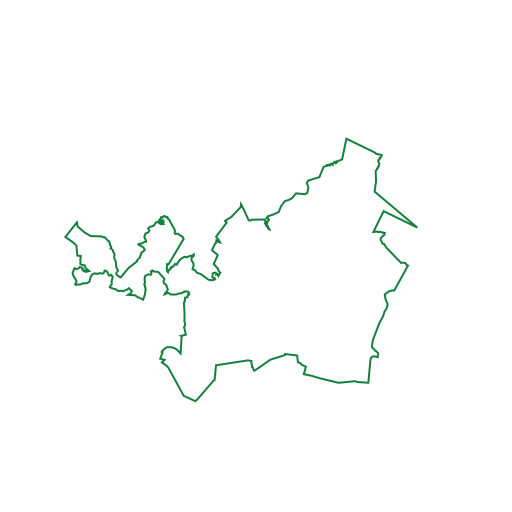 Tlapa de Comonfort, Guerrero, Mexico (orthographic projection), rotated 126°
{"feature_id": "50627088B88355080019146", "entity_name": "Tlapa de Comonfort", "entity_type": "district", "adm_level": 2, "iso_a3": "MEX", "parent_name": "Mexico", "parent_adm1": "Guerrero", "projection": "orthographic", "projection_center": [-98.572, 17.528], "detail": "fine", "context": "isolated", "style": "outline", "palette": "green", "viewbox_px": 512, "rotation_deg": 126, "n_neighbors": 0, "source": "geoboundaries", "source_scale": "gbopen_adm2", "svg_char_len": 6161}
<svg xmlns="http://www.w3.org/2000/svg" viewBox="0 0 512 512"><g transform="rotate(126 256 256)"><path d="M310.1,114.7L299.1,102.3L298.1,99.5L292.5,90.6L272.9,102.3L270.5,103.1L269.1,102.8L267.9,101.8L266.2,98.1L265.9,98.5L263.5,99.5L262.9,100.1L262.4,102.4L262.5,104.3L262.0,105.4L261.9,107.8L261.0,109.0L255.5,112.0L238.0,116.7L229.2,118.0L225.4,119.4L221.6,119.5L217.5,121.2L214.8,125.8L211.4,129.3L206.5,127.7L203.7,125.6L203.4,124.6L202.3,123.9L174.4,127.4L174.6,129.1L173.9,130.9L175.0,133.4L176.3,134.4L172.7,155.1L171.0,159.6L171.7,161.0L169.3,165.0L168.1,165.6L164.6,165.0L163.5,164.5L161.6,165.4L162.2,166.1L162.3,167.1L162.9,167.5L162.9,168.3L163.8,170.4L165.0,171.2L165.0,172.5L167.6,175.1L144.7,179.1L138.2,142.2L134.2,197.9L125.0,202.8L116.7,209.3L114.7,208.9L114.1,209.4L113.2,209.1L112.5,209.7L111.5,209.3L111.1,209.8L108.9,210.4L107.8,212.6L106.6,213.0L106.5,213.3L105.0,213.0L104.0,213.6L103.8,213.0L102.6,213.1L100.4,213.6L102.8,219.1L102.4,220.2L108.0,251.8L127.3,243.1L131.1,245.5L133.4,245.8L132.8,246.5L133.7,246.5L133.4,247.1L133.7,247.8L134.2,247.4L135.0,247.6L136.0,248.3L137.2,247.6L137.0,249.2L137.9,249.2L138.2,249.9L138.8,250.3L138.8,249.3L139.5,249.4L139.8,250.8L140.1,251.4L140.8,251.3L141.0,252.3L142.0,252.1L144.1,253.7L154.9,251.1L164.5,258.2L167.1,257.7L169.8,253.8L174.9,251.6L177.3,252.8L181.8,260.4L188.4,260.9L191.4,262.5L194.6,264.9L201.0,265.0L207.2,263.5L213.2,267.0L216.7,269.7L217.3,269.8L218.9,269.8L219.1,269.0L218.5,268.3L218.9,267.0L219.4,266.8L221.7,266.7L222.7,267.4L223.2,266.8L223.2,266.1L224.1,265.9L224.7,265.2L224.9,263.7L225.7,262.9L226.0,261.6L226.6,260.7L226.8,262.0L226.2,263.1L225.4,263.5L225.8,265.0L225.6,265.5L224.8,265.8L224.4,267.8L221.7,269.3L221.2,270.2L229.3,281.0L230.3,281.2L231.5,282.8L225.9,292.6L223.0,298.5L225.4,297.1L238.9,298.9L245.7,301.7L246.1,301.1L246.2,299.4L263.9,299.6L264.9,295.7L266.1,293.1L266.7,294.7L266.7,297.2L269.0,296.0L269.5,296.4L276.7,295.2L277.4,294.3L277.5,288.9L277.9,287.4L287.3,285.5L288.6,279.5L290.4,276.9L290.4,275.1L294.3,274.7L293.3,276.9L294.3,277.4L293.5,277.8L293.3,279.1L295.2,280.7L295.7,280.7L299.0,278.6L298.1,276.6L298.9,275.4L300.8,276.6L301.8,277.9L303.1,280.5L303.1,290.3L304.3,293.9L303.3,297.1L304.1,299.5L300.5,300.8L299.0,302.1L298.1,303.5L297.8,305.0L296.5,306.4L294.9,307.3L293.3,306.5L292.2,306.6L291.3,307.2L293.2,307.8L293.9,308.3L294.3,309.2L298.1,311.6L298.6,313.4L302.8,315.1L305.0,315.4L305.5,315.1L305.9,315.4L308.5,315.1L308.9,315.5L309.4,315.3L309.3,315.7L310.2,316.1L310.2,316.9L311.0,316.6L312.4,317.1L312.8,316.8L314.0,317.2L314.3,317.8L315.2,317.6L315.5,318.1L317.1,317.5L317.5,318.1L319.1,318.2L320.9,317.5L320.8,318.4L319.8,319.9L314.9,323.2L314.2,321.9L284.7,324.6L284.7,325.2L283.9,325.9L283.6,328.1L284.1,330.2L283.8,332.1L284.3,333.1L285.4,333.7L285.6,334.6L284.9,335.6L283.9,335.9L282.6,337.2L277.6,347.8L277.6,349.2L276.6,350.6L277.3,351.1L277.5,352.1L277.3,353.3L278.0,354.1L280.1,354.3L280.4,354.8L280.3,355.8L280.6,356.3L280.5,355.7L280.9,355.2L281.6,355.3L282.4,354.8L283.1,355.4L284.1,355.4L284.4,354.9L284.2,353.9L282.8,353.4L282.3,352.7L283.8,353.2L285.0,352.1L283.6,352.7L283.3,351.1L281.7,351.1L284.3,350.3L284.5,349.7L286.2,351.7L286.4,355.9L287.4,356.6L291.8,356.6L294.9,359.0L297.0,359.5L298.3,357.1L300.3,357.0L302.9,358.7L304.1,358.1L305.8,357.8L306.7,356.9L308.0,354.3L309.1,353.4L309.9,354.4L312.3,355.4L314.0,356.9L314.9,357.0L315.3,358.0L315.8,358.0L315.8,355.9L315.3,354.8L315.4,351.7L316.2,349.7L318.3,349.8L320.8,350.7L321.9,350.1L324.4,349.7L325.2,348.9L328.4,349.6L330.1,349.5L330.2,349.1L340.9,352.1L352.9,352.9L353.2,355.5L352.8,358.3L351.6,359.1L348.9,359.0L347.2,362.4L343.1,366.0L340.9,369.7L337.6,371.5L336.5,374.1L335.3,375.5L335.3,378.2L333.7,378.4L333.0,380.4L331.9,381.3L331.3,382.7L330.5,383.3L330.6,385.0L329.7,389.4L330.9,391.2L330.9,392.5L337.0,401.3L337.7,408.4L337.0,417.6L334.1,420.7L352.7,421.4L352.5,412.7L353.0,408.0L353.4,407.2L360.7,400.8L359.0,397.8L361.1,396.4L362.2,396.1L364.0,394.5L365.7,393.5L365.6,391.8L364.3,389.2L366.0,386.5L366.2,382.1L369.1,384.6L369.0,385.0L368.1,385.2L369.5,386.5L368.5,387.3L368.4,388.1L369.0,388.5L367.6,389.4L368.0,390.9L368.8,392.3L370.1,392.2L372.4,393.6L372.4,395.5L373.2,395.8L375.2,394.9L376.9,394.7L378.1,393.9L380.3,390.4L380.2,389.5L381.2,388.1L381.6,386.9L382.4,386.1L385.0,385.8L385.4,384.8L384.3,384.0L382.1,381.1L379.7,380.0L379.4,379.1L377.0,376.5L374.4,375.7L371.1,377.1L367.8,377.8L364.9,376.4L363.8,373.9L361.8,372.5L360.4,369.7L359.0,369.2L357.0,369.9L356.3,369.4L356.2,367.3L358.2,363.5L357.8,362.8L356.2,362.0L357.3,359.5L361.1,358.1L363.7,356.1L367.1,356.1L367.2,355.4L366.2,351.8L365.2,349.5L365.5,347.7L364.8,346.0L363.9,345.4L362.1,342.2L360.7,341.8L358.8,340.4L356.8,340.0L357.3,335.8L359.4,335.4L362.6,336.6L358.8,330.7L358.9,327.2L358.3,326.0L357.7,321.7L352.8,323.1L349.1,325.1L348.2,325.2L347.2,326.6L346.4,327.0L346.1,327.9L345.3,328.3L344.7,329.7L342.2,330.5L341.0,332.0L337.7,333.9L336.9,333.8L335.1,332.9L333.7,331.7L333.0,330.1L331.3,330.4L330.5,331.8L329.9,331.9L329.4,331.3L328.6,331.4L328.3,328.9L326.4,325.8L328.3,316.6L330.5,316.1L331.9,314.8L332.2,313.9L331.9,313.2L332.5,310.8L333.8,309.8L334.1,308.6L335.1,307.6L337.0,307.2L339.2,307.7L340.7,307.4L339.2,306.5L338.4,306.5L337.9,305.9L337.3,304.7L337.2,302.3L335.0,299.1L333.2,297.2L332.0,296.9L330.5,294.8L329.6,294.5L328.9,293.8L327.6,293.5L327.2,292.9L326.4,292.8L325.0,290.5L324.8,289.2L326.2,287.6L326.7,288.3L327.4,287.6L328.3,288.0L329.6,287.2L330.7,288.3L331.8,288.3L331.8,288.6L334.7,286.9L335.3,287.1L336.6,286.5L344.8,279.8L351.0,275.4L353.3,272.8L355.8,272.4L360.9,266.5L364.7,269.7L364.6,269.0L379.2,259.7L378.2,264.7L378.6,268.4L380.1,271.8L382.4,274.6L386.4,275.9L388.9,275.9L388.7,275.0L395.4,273.1L393.8,268.9L397.4,269.6L397.4,263.2L397.9,261.2L411.6,232.3L409.1,219.8L406.1,219.1L381.6,217.1L380.7,216.6L367.9,224.1L345.2,201.2L343.7,198.0L345.5,196.6L346.6,195.0L348.1,194.2L348.0,193.0L349.9,190.3L349.7,189.8L331.2,183.3L320.4,175.2L318.6,174.2L318.1,174.7L312.3,164.2L317.4,159.6L316.6,157.6L317.1,155.1L316.3,150.6L323.5,147.8L320.3,140.8L317.6,133.0L310.1,114.7Z" fill="none" stroke="#15803d" stroke-width="2"/></g></svg>